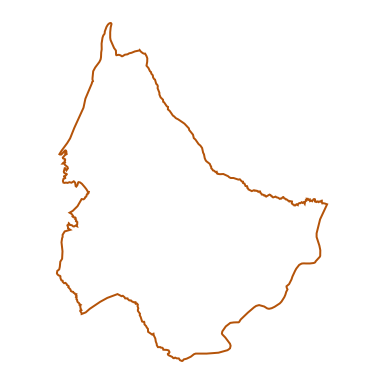 Guamo, Tolima, Colombia (orthographic projection)
{"feature_id": "7082276B63665332142634", "entity_name": "Guamo", "entity_type": "district", "adm_level": 2, "iso_a3": "COL", "parent_name": "Colombia", "parent_adm1": "Tolima", "projection": "orthographic", "projection_center": [-74.99, 4.102], "detail": "fine", "context": "isolated", "style": "outline", "palette": "amber", "viewbox_px": 384, "rotation_deg": 0, "n_neighbors": 0, "source": "geoboundaries", "source_scale": "gbopen_adm2", "svg_char_len": 5885}
<svg xmlns="http://www.w3.org/2000/svg" viewBox="0 0 384 384"><path d="M287.5,289.4L286.7,287.7L286.5,286.3L289.1,284.1L291.5,279.4L292.4,276.6L295.1,270.8L296.3,268.6L299.2,264.9L301.6,263.6L303.1,263.4L309.6,263.5L313.8,263.0L315.2,262.3L315.6,261.4L319.8,256.8L320.2,255.9L320.3,250.2L319.4,245.7L316.6,237.0L316.6,233.3L320.1,219.3L327.1,204.3L324.8,203.5L323.1,203.2L322.3,203.4L321.8,202.1L321.8,200.7L321.2,200.8L320.6,201.7L319.4,201.5L318.7,202.1L317.8,201.4L316.7,202.0L316.1,201.5L315.7,201.8L315.0,201.5L315.0,199.4L314.7,199.1L313.6,199.2L312.2,201.2L311.4,200.6L310.1,201.1L309.8,199.4L308.4,199.9L307.9,198.8L306.7,198.7L306.8,199.5L306.0,199.9L306.3,200.7L305.1,201.6L304.7,203.8L303.7,202.2L302.6,202.9L301.7,202.2L300.4,203.2L299.3,203.1L298.0,204.0L297.8,205.1L296.4,204.3L295.4,205.4L294.2,205.4L293.8,204.7L292.8,204.4L291.8,203.4L292.0,201.5L290.0,201.1L289.7,201.5L289.2,201.5L288.6,200.7L288.0,200.6L286.5,199.3L285.8,199.4L284.9,198.5L284.2,198.3L283.4,197.1L282.8,197.2L281.3,198.6L280.4,198.5L279.9,198.9L277.8,197.6L276.4,197.3L275.6,196.6L273.1,197.4L272.1,196.7L271.7,196.0L271.0,195.8L270.5,195.0L269.5,194.6L266.3,196.5L266.1,196.1L265.4,196.1L265.1,195.5L264.1,195.5L263.8,194.9L261.7,194.5L261.4,193.6L260.2,192.6L260.1,191.5L258.6,191.4L258.2,191.8L257.2,190.9L256.3,190.9L255.8,190.5L254.9,190.8L254.0,190.2L251.8,191.1L248.4,189.4L248.2,188.7L247.4,188.0L247.5,187.2L247.0,186.7L247.0,186.2L245.5,186.0L244.5,183.6L243.1,183.1L243.0,181.7L241.9,181.5L239.8,179.3L238.4,179.6L233.5,178.0L230.8,178.0L229.3,177.3L228.1,176.2L223.3,174.0L220.0,174.2L217.9,173.9L217.1,173.5L217.2,173.0L216.5,172.6L216.6,171.8L215.4,171.9L214.0,170.7L212.9,170.4L212.5,169.5L211.3,168.3L211.1,166.4L210.6,166.0L209.8,163.9L206.3,161.2L205.6,160.2L204.7,158.1L204.0,154.4L203.1,152.6L202.1,148.0L200.4,145.6L198.6,144.1L195.4,139.5L193.8,138.1L193.0,134.7L189.2,130.0L188.9,128.4L184.4,123.6L178.1,119.3L175.9,118.2L174.0,116.3L172.9,115.6L169.7,110.9L167.9,109.4L168.0,106.9L166.8,106.3L164.1,102.3L163.2,101.8L163.0,99.7L160.6,97.4L159.4,94.5L159.4,92.8L157.6,88.2L157.8,86.1L157.2,84.7L156.2,83.8L155.0,79.6L154.0,78.9L153.1,77.4L152.8,75.3L151.3,73.6L151.0,72.1L150.0,71.3L148.5,68.1L146.5,65.7L147.2,61.8L147.3,58.3L146.5,56.1L145.1,53.6L144.2,53.7L142.7,53.1L140.6,51.4L139.6,50.0L139.2,50.5L134.9,51.4L131.5,52.8L129.2,53.3L127.6,54.3L124.9,54.7L122.5,56.2L121.6,56.2L120.7,55.4L118.9,54.8L116.4,55.2L116.1,54.8L115.9,50.5L114.1,48.1L110.6,40.1L110.2,37.7L110.2,32.1L110.7,27.3L111.5,24.0L111.1,23.2L110.3,23.0L109.3,23.4L107.9,24.6L106.5,26.9L104.8,31.5L104.7,33.1L104.3,34.2L103.3,35.4L102.5,37.7L101.6,43.5L101.7,49.4L101.2,52.4L101.0,57.2L100.6,59.4L99.4,61.9L95.2,67.5L93.2,71.2L92.5,78.2L92.5,79.7L93.0,81.2L92.1,82.1L91.8,83.5L85.4,98.7L83.5,107.7L74.3,127.9L70.1,138.4L67.2,143.1L61.5,150.8L59.4,154.2L60.1,154.6L61.4,154.5L64.9,150.6L65.6,150.4L66.1,150.8L66.4,151.9L65.5,152.5L65.3,153.3L66.5,153.5L66.7,154.0L64.8,155.2L62.8,157.6L63.0,158.3L65.1,159.3L65.1,160.5L64.5,161.2L65.1,162.4L64.6,162.9L63.2,162.9L62.6,163.6L64.0,163.6L64.5,163.9L65.1,165.0L67.5,167.0L67.9,168.4L66.4,170.4L65.2,168.2L64.7,168.2L63.8,171.7L64.0,172.5L64.7,173.2L66.7,174.0L66.8,174.3L65.7,175.5L64.0,176.3L64.0,176.6L65.1,177.3L65.2,178.1L63.4,179.0L62.9,181.0L63.4,182.6L64.6,182.9L65.9,182.6L67.6,182.9L69.4,182.2L71.5,182.7L73.8,181.3L75.1,182.6L75.7,186.2L76.3,186.6L77.3,185.3L78.2,182.4L78.6,182.1L80.0,182.4L81.9,183.8L84.9,187.3L86.5,189.4L87.9,191.8L88.8,191.9L88.5,193.1L87.5,193.5L87.5,194.3L87.0,194.4L86.6,195.0L86.3,196.5L85.1,197.3L84.8,198.3L83.6,199.3L81.6,199.1L77.5,206.2L72.7,210.9L69.6,212.7L71.6,213.9L73.2,216.1L73.2,216.5L72.8,216.7L73.5,217.3L75.0,217.4L75.6,217.9L75.7,218.6L75.2,219.1L76.3,220.3L76.0,221.2L77.3,222.1L77.2,224.3L76.7,224.8L77.1,226.3L75.6,225.6L74.0,226.5L73.1,226.3L71.8,225.2L69.7,224.9L69.2,223.6L68.8,223.3L68.6,224.7L67.9,224.8L67.4,225.3L68.1,227.5L68.0,228.3L70.3,229.8L64.7,231.4L62.6,234.8L62.6,237.0L62.1,238.2L61.5,242.3L62.5,251.3L62.1,258.8L60.3,261.7L59.8,266.9L59.2,269.4L57.3,270.9L56.9,273.2L57.4,274.3L58.6,275.4L59.9,275.8L60.4,276.3L60.4,277.8L60.8,279.0L61.4,280.3L62.6,280.7L62.7,281.8L64.1,283.2L65.5,282.9L66.8,284.3L66.9,284.9L68.5,286.0L68.7,286.4L68.3,287.2L70.4,289.4L70.9,291.0L71.9,291.6L73.2,291.9L73.6,292.8L74.7,293.3L75.3,294.3L76.3,294.2L76.2,295.1L76.5,295.6L76.1,296.1L76.6,296.9L76.1,297.3L76.5,297.7L76.5,299.3L77.1,299.8L77.2,300.9L77.7,302.1L79.1,303.2L79.3,303.8L80.6,304.8L79.7,305.3L80.3,306.1L80.5,308.2L81.4,310.1L80.3,310.4L80.2,311.0L81.5,312.9L81.6,314.0L85.7,312.4L89.8,308.8L100.2,301.8L107.3,297.9L117.5,294.1L121.6,296.2L122.8,295.8L124.5,297.2L125.2,298.4L127.5,298.4L127.7,299.0L129.3,300.4L130.9,300.4L131.6,301.3L132.6,301.6L133.3,302.2L135.6,302.2L135.8,302.6L135.3,303.1L135.7,303.8L137.2,303.7L137.9,304.8L137.5,306.0L138.3,308.3L137.9,309.3L137.9,310.9L140.0,313.8L139.7,315.2L140.6,316.8L142.1,321.5L143.3,321.9L144.1,321.8L144.3,322.1L144.5,324.4L146.2,326.2L146.7,327.4L147.9,328.8L148.1,331.8L152.3,334.7L152.9,334.5L153.2,333.8L153.5,333.7L153.7,335.2L155.3,338.5L155.8,341.6L156.7,343.9L156.8,345.2L157.9,347.1L160.3,347.1L160.8,347.6L162.1,347.7L162.9,348.3L163.3,349.7L166.7,349.9L168.6,350.4L169.5,352.1L169.0,353.1L167.9,353.8L167.9,354.5L168.5,355.2L172.2,356.9L173.3,358.1L174.0,358.2L175.1,357.6L176.8,358.4L178.8,358.4L180.0,360.2L182.0,361.0L182.6,360.8L183.8,359.4L186.6,358.7L190.8,356.7L194.0,354.2L195.7,353.6L206.6,353.6L218.5,352.7L227.5,350.2L228.8,349.3L230.0,348.3L230.6,345.8L230.0,343.8L225.3,337.5L222.3,334.4L221.9,333.5L222.3,331.4L225.8,326.4L230.3,322.9L234.0,322.4L238.6,322.3L239.2,321.9L240.7,319.5L247.9,312.6L254.1,307.3L256.2,305.9L259.1,305.1L264.2,306.5L267.2,308.4L269.0,308.8L271.7,308.2L274.6,306.8L279.8,303.4L281.5,301.6L284.3,297.2L285.4,294.7L286.2,291.9L287.5,289.4Z" fill="none" stroke="#b45309" stroke-width="2"/></svg>